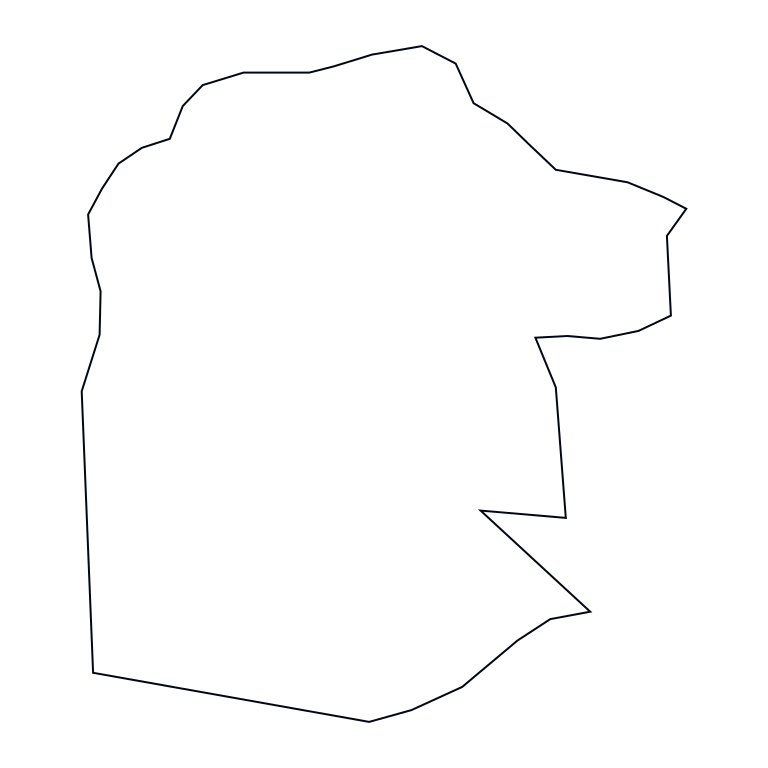 the district of Vila Flor, Rio Grande do Norte, Brazil
{"feature_id": "56859067B91583565778488", "entity_name": "Vila Flor", "entity_type": "district", "adm_level": 2, "iso_a3": "BRA", "parent_name": "Brazil", "parent_adm1": "Rio Grande do Norte", "projection": "robinson", "projection_center": [-35.08, -6.303], "detail": "fine", "context": "isolated", "style": "outline", "palette": "ink", "viewbox_px": 768, "rotation_deg": 0, "n_neighbors": 0, "source": "geoboundaries", "source_scale": "gbopen_adm2", "svg_char_len": 618}
<svg xmlns="http://www.w3.org/2000/svg" viewBox="0 0 768 768"><path d="M686.3,208.8L663.4,197.0L627.6,182.3L555.8,169.8L527.9,143.3L507.5,123.5L473.6,103.2L455.7,63.6L421.9,46.1L372.0,54.6L333.7,66.4L309.3,72.6L272.9,72.6L243.5,72.6L202.7,85.1L182.8,106.0L169.8,138.8L141.9,147.8L118.5,163.6L102.1,188.5L88.1,214.5L91.6,258.0L100.6,291.3L99.6,334.8L81.7,391.3L93.1,672.8L369.1,721.9L411.4,710.1L462.2,686.9L517.5,640.5L550.3,619.1L590.2,611.7L480.6,510.6L565.8,517.9L555.8,387.4L535.4,337.7L567.3,336.0L600.2,338.8L638.5,330.9L670.9,315.6L666.9,235.9L686.3,208.8Z" fill="none" stroke="#020617" stroke-width="2"/></svg>